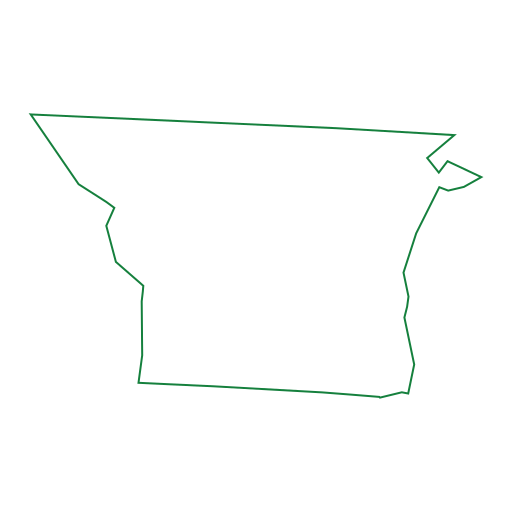 outline of Gaston, North Carolina, United States of America
{"feature_id": "52423323B27279553412365", "entity_name": "Gaston", "entity_type": "district", "adm_level": 2, "iso_a3": "USA", "parent_name": "United States of America", "parent_adm1": "North Carolina", "projection": "natural_earth1", "projection_center": [-81.166, 35.285], "detail": "fine", "context": "isolated", "style": "outline", "palette": "green", "viewbox_px": 512, "rotation_deg": 0, "n_neighbors": 0, "source": "geoboundaries", "source_scale": "gbopen_adm2", "svg_char_len": 675}
<svg xmlns="http://www.w3.org/2000/svg" viewBox="0 0 512 512"><path d="M454.3,135.1L336.5,128.2L203.2,122.2L188.5,121.5L34.3,114.6L31.9,114.5L30.7,114.4L78.6,184.2L106.4,202.0L114.3,207.8L106.3,225.8L115.9,261.9L143.3,285.8L142.8,291.7L141.7,301.3L142.0,333.5L142.0,335.7L142.2,355.3L138.5,382.8L170.1,384.3L188.1,385.1L191.7,385.3L211.6,386.2L213.6,386.3L299.2,391.1L322.4,392.4L323.7,392.5L350.9,394.6L379.3,396.9L380.0,397.6L401.8,392.3L408.2,393.5L414.2,364.5L404.4,317.5L407.1,306.8L408.5,296.6L403.5,272.6L416.2,233.3L439.3,187.2L448.2,190.6L463.9,186.9L481.3,177.1L447.5,161.2L438.8,172.6L427.2,158.0L454.3,135.1Z" fill="none" stroke="#15803d" stroke-width="2"/></svg>